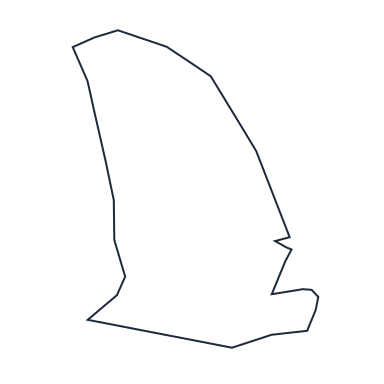 Kalungu, orthographic projection, rotated 10°
{"feature_id": "UGA-5620", "entity_name": "Kalungu", "entity_type": "District", "adm_level": 1, "iso_a3": "UGA", "parent_name": "Uganda", "parent_adm1": "", "projection": "orthographic", "projection_center": [31.834, -0.095], "detail": "fine", "context": "isolated", "style": "outline", "palette": "slate", "viewbox_px": 384, "rotation_deg": 10, "n_neighbors": 0, "source": "natural_earth", "source_scale": "10m", "svg_char_len": 514}
<svg xmlns="http://www.w3.org/2000/svg" viewBox="0 0 384 384"><g transform="rotate(10 192 192)"><path d="M227.4,116.8L248.1,140.5L296.0,219.5L282.4,225.9L295.0,230.3L300.0,231.3L295.9,244.0L288.3,278.8L318.2,268.4L326.8,267.6L334.6,273.4L334.3,286.7L329.5,308.7L295.1,318.8L258.4,338.4L111.5,336.0L136.0,306.6L140.9,287.0L123.8,252.7L116.4,213.6L101.7,176.9L82.1,130.4L69.9,101.0L49.4,70.0L69.0,56.8L90.9,45.6L141.9,53.4L173.8,67.4L190.4,74.8L227.4,116.8Z" fill="none" stroke="#1e293b" stroke-width="2"/></g></svg>